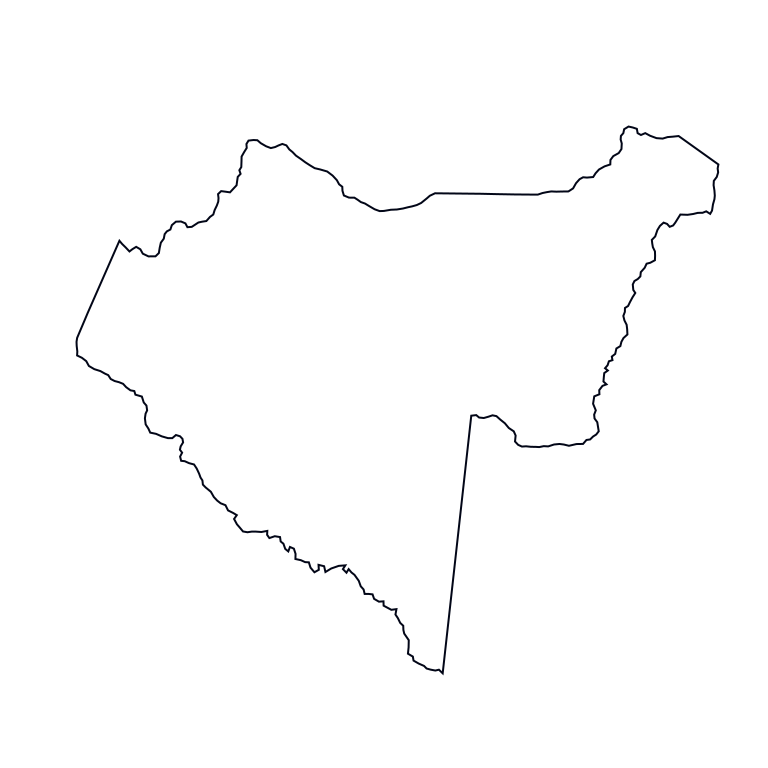 the district of Reserva do Cabaçal, Mato Grosso, Brazil, rotated 276°
{"feature_id": "56859067B45237202156931", "entity_name": "Reserva do Cabaçal", "entity_type": "district", "adm_level": 2, "iso_a3": "BRA", "parent_name": "Brazil", "parent_adm1": "Mato Grosso", "projection": "mercator", "projection_center": [-58.451, -14.934], "detail": "fine", "context": "isolated", "style": "outline", "palette": "ink", "viewbox_px": 768, "rotation_deg": 276, "n_neighbors": 0, "source": "geoboundaries", "source_scale": "gbopen_adm2", "svg_char_len": 4643}
<svg xmlns="http://www.w3.org/2000/svg" viewBox="0 0 768 768"><g transform="rotate(276 384 384)"><path d="M590.7,692.1L597.0,692.4L602.3,693.3L605.9,693.3L610.9,692.4L616.2,691.0L620.5,690.8L624.7,693.3L629.4,694.2L633.2,693.3L637.3,693.6L661.4,651.1L660.2,645.5L659.2,640.2L657.2,635.5L657.0,629.3L658.7,622.7L660.8,617.6L658.5,613.5L660.0,610.0L664.2,608.8L665.1,604.6L665.6,600.3L662.5,596.2L658.5,595.8L655.5,593.7L651.9,593.8L648.1,595.3L642.5,595.6L638.2,593.3L634.6,588.2L630.5,585.8L626.0,586.1L623.5,580.6L619.8,575.4L615.7,572.4L611.7,570.4L610.5,564.3L610.4,560.4L608.1,557.1L603.8,554.0L598.3,551.6L594.8,547.3L594.0,540.6L593.3,535.3L593.0,530.2L591.8,525.8L590.5,521.7L588.4,517.1L586.2,494.4L584.6,476.0L583.3,460.3L579.0,414.8L576.0,409.9L573.2,407.3L567.9,402.0L565.4,397.9L563.6,393.4L562.3,389.4L560.5,384.5L558.9,378.6L558.0,372.6L556.1,365.8L555.5,361.6L556.8,356.4L559.5,350.4L561.5,346.2L562.5,342.0L564.5,338.5L566.2,335.1L565.7,329.7L567.3,324.4L571.8,322.5L575.8,321.9L577.9,318.5L581.8,315.8L585.9,311.1L589.4,305.3L590.7,298.1L591.4,292.5L593.8,287.4L596.3,282.5L598.9,278.1L601.9,272.6L605.1,268.8L607.4,265.3L611.1,262.0L612.1,257.8L610.2,254.1L608.3,251.0L606.8,246.8L608.1,241.9L610.6,236.3L613.2,232.6L613.0,228.7L611.9,223.8L608.3,222.1L604.4,222.8L600.1,220.7L595.3,218.6L590.5,219.0L584.8,219.4L581.5,217.8L578.0,219.4L574.7,216.9L569.8,216.7L566.2,216.6L562.9,214.1L558.5,210.8L558.7,206.0L558.8,201.9L555.5,199.1L551.6,200.0L548.0,200.1L544.0,199.1L539.3,197.4L534.7,196.5L532.0,193.5L527.5,190.3L526.4,186.1L525.2,182.5L522.4,179.1L520.2,176.4L519.4,172.1L523.0,169.7L524.4,165.1L523.7,160.1L519.8,156.4L515.3,155.4L513.1,152.1L510.1,150.2L505.5,149.8L501.2,147.3L496.1,146.7L490.7,146.4L487.1,143.4L486.3,136.4L488.4,130.5L492.5,127.6L494.5,123.2L491.8,119.7L489.2,117.0L492.9,112.7L495.9,108.9L498.8,105.9L423.4,81.8L417.1,79.9L397.8,74.0L393.8,73.8L389.7,74.4L384.3,75.6L380.3,75.8L378.5,80.8L375.6,85.5L371.1,88.6L368.5,94.3L367.2,100.6L365.1,105.5L364.0,108.8L360.4,111.7L358.8,115.8L358.1,120.3L356.9,124.5L353.9,127.9L351.2,132.5L350.9,136.4L347.4,137.9L346.2,144.5L340.5,147.0L337.7,150.0L333.0,151.2L329.6,150.0L324.9,149.8L318.9,151.2L315.1,154.3L311.2,156.6L310.6,162.5L308.7,168.5L307.6,174.7L308.0,179.1L311.5,182.4L310.7,186.6L308.4,189.3L304.9,190.3L300.7,188.3L297.3,187.9L294.6,190.4L290.5,188.8L286.4,190.3L286.4,193.9L284.9,198.4L284.1,203.5L280.3,206.6L275.5,209.5L271.8,211.3L269.1,213.5L265.0,214.4L262.5,217.4L258.7,223.1L253.8,226.6L250.6,230.3L248.3,234.0L246.9,239.0L242.0,242.1L240.0,247.4L238.2,251.3L234.1,249.0L229.1,252.4L226.4,255.3L222.6,259.2L222.3,263.7L223.4,268.0L223.8,272.1L224.0,277.5L225.7,283.3L221.8,283.5L218.8,286.1L221.2,291.3L220.9,296.6L216.6,297.7L214.6,300.7L209.7,303.0L207.5,306.3L212.1,307.5L210.8,311.6L205.8,313.8L200.7,314.2L200.1,319.7L198.6,324.2L198.8,327.9L193.7,330.1L189.5,334.5L192.4,338.6L197.3,337.8L196.5,343.5L190.9,345.4L195.0,350.8L198.4,358.0L199.6,364.5L195.6,362.5L192.4,366.4L196.2,368.2L193.2,371.3L191.1,374.6L185.6,379.5L180.4,382.0L177.5,385.2L173.2,386.7L173.6,390.8L173.6,394.6L169.3,396.6L167.0,401.7L167.8,406.2L163.5,406.8L160.2,414.9L161.4,419.9L155.9,419.5L152.7,422.2L148.1,425.1L145.6,428.4L141.4,429.0L137.9,430.2L131.8,435.4L124.6,436.0L118.3,436.0L115.9,441.2L112.0,442.3L109.6,447.7L107.8,453.3L105.5,456.1L104.8,460.2L104.4,465.0L105.6,468.5L102.4,472.6L361.6,474.1L362.7,479.0L360.6,482.1L360.6,486.8L362.4,491.3L364.2,495.2L363.8,499.2L360.8,503.3L357.6,508.3L353.3,512.7L350.5,518.0L346.5,520.3L340.5,520.3L337.5,523.8L336.2,527.7L336.9,531.8L336.9,536.9L337.3,540.9L337.5,545.0L338.9,549.4L339.1,553.8L341.6,559.4L342.7,564.8L342.6,569.2L341.9,574.4L344.4,581.7L345.2,588.2L349.5,591.2L350.4,594.8L353.6,597.4L355.9,600.3L359.4,602.5L364.2,601.2L368.3,600.1L371.7,597.0L375.5,596.2L379.9,597.4L386.2,594.0L393.7,594.4L396.3,599.3L400.4,598.7L405.0,601.5L406.9,605.3L409.4,602.0L414.0,601.9L417.9,601.9L420.8,605.2L422.8,602.2L426.0,604.4L430.1,605.3L431.6,608.7L435.1,607.7L438.1,610.8L443.6,611.4L446.4,615.1L450.8,615.7L454.8,617.4L458.7,620.9L463.9,620.1L468.3,619.1L472.3,616.5L476.7,614.9L480.9,616.0L484.8,615.7L487.1,618.6L491.0,620.0L496.2,622.1L500.8,624.4L503.6,622.1L509.0,621.0L512.6,622.3L514.9,625.4L517.8,627.7L522.1,627.7L526.8,631.1L531.1,632.6L532.4,636.1L535.4,640.5L539.9,640.2L544.2,639.6L548.2,637.1L551.7,636.1L555.3,635.3L559.1,638.3L565.7,639.8L570.1,641.9L573.7,645.2L572.8,648.8L570.2,651.7L571.9,655.0L574.9,656.8L578.2,658.4L583.5,661.0L584.0,668.2L585.4,673.7L587.0,678.2L587.6,683.0L589.4,686.4L587.3,690.6L590.7,692.1Z" fill="none" stroke="#020617" stroke-width="2"/></g></svg>